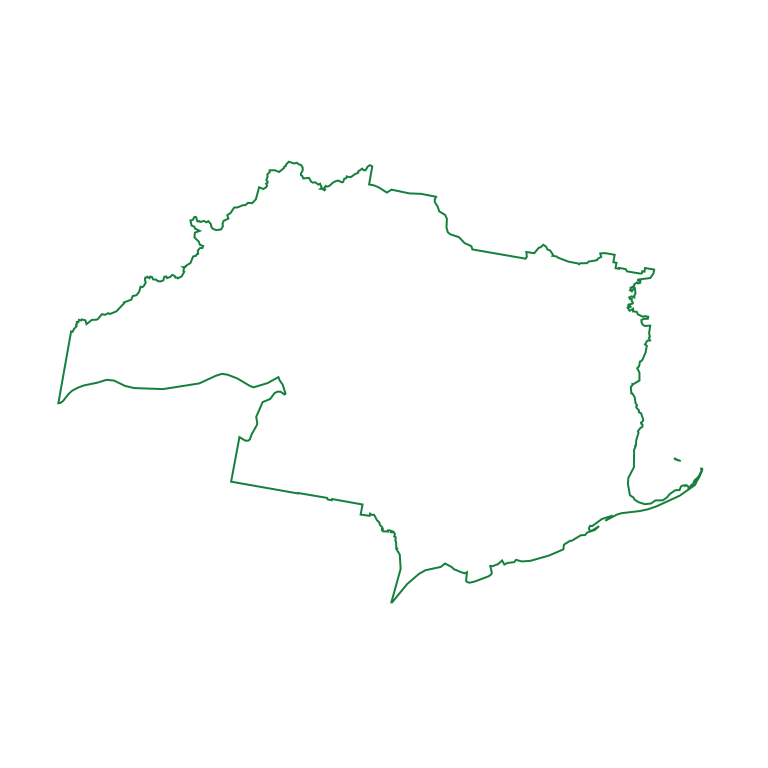 the district of Burdekin, Queensland, Australia, rotated 94°
{"feature_id": "25037944B77283019061987", "entity_name": "Burdekin", "entity_type": "district", "adm_level": 2, "iso_a3": "AUS", "parent_name": "Australia", "parent_adm1": "Queensland", "projection": "albers", "projection_center": [147.381, -19.849], "detail": "fine", "context": "isolated", "style": "outline", "palette": "green", "viewbox_px": 768, "rotation_deg": 94, "n_neighbors": 0, "source": "geoboundaries", "source_scale": "gbopen_adm2", "svg_char_len": 6129}
<svg xmlns="http://www.w3.org/2000/svg" viewBox="0 0 768 768"><g transform="rotate(94 384 384)"><path d="M298.5,125.1L298.1,128.5L298.9,130.3L296.8,135.6L294.4,136.9L294.2,140.6L291.6,140.8L293.8,144.0L291.1,146.2L289.7,143.4L289.0,144.0L289.8,145.8L287.8,145.7L286.6,141.8L285.7,141.3L283.8,142.8L281.9,142.7L281.9,144.7L280.5,145.4L279.3,143.1L280.2,140.3L278.2,140.5L276.3,139.4L270.8,140.5L271.2,141.6L274.3,143.2L273.3,145.1L272.4,144.3L270.9,144.8L268.8,141.3L267.2,141.4L265.2,138.8L265.9,137.5L265.3,135.6L263.4,135.4L263.1,137.9L262.1,137.8L259.7,125.7L254.9,122.9L251.0,122.5L250.1,131.7L253.8,132.0L253.5,134.2L255.5,134.4L256.0,136.0L254.7,149.5L252.5,150.9L251.8,157.7L252.7,157.7L252.3,161.1L246.9,160.5L246.5,163.7L239.0,162.9L238.0,172.9L238.7,177.4L242.1,176.2L244.1,179.4L245.7,180.3L247.6,188.4L249.3,189.9L249.9,196.7L251.0,197.8L250.2,198.9L249.1,208.5L245.8,219.3L244.7,220.7L244.4,224.6L243.9,224.1L240.6,226.4L239.1,227.9L238.4,230.3L235.5,232.1L234.0,234.8L236.6,237.1L237.3,239.1L243.0,243.2L242.4,251.2L247.2,250.4L249.1,251.5L243.6,305.2L240.4,306.5L237.8,313.5L232.3,319.4L230.0,328.4L228.2,330.9L223.5,332.6L214.8,332.8L211.1,334.8L207.9,341.0L203.6,342.7L198.7,346.1L196.4,346.2L193.6,345.1L191.7,360.4L192.1,372.1L189.6,390.0L192.8,394.5L188.3,402.8L186.5,408.1L186.0,412.8L167.8,410.9L166.7,413.3L168.2,415.4L172.1,417.3L172.1,419.4L170.7,420.8L173.7,424.5L175.1,424.5L176.5,427.4L179.6,431.1L180.1,433.2L179.5,435.6L181.4,436.1L182.1,438.0L185.2,438.8L185.8,439.9L184.3,443.7L184.7,445.7L186.7,449.0L190.4,452.5L191.1,454.9L190.5,455.9L192.2,457.2L194.2,456.2L194.9,457.0L193.7,458.9L193.7,461.1L192.2,459.9L188.6,461.8L189.7,463.3L187.6,466.7L188.1,469.3L187.2,470.8L183.6,473.3L184.6,478.8L182.1,480.1L181.6,481.3L180.1,481.6L176.6,480.0L173.9,480.2L171.3,482.0L170.9,484.2L169.4,486.3L170.3,489.1L168.9,494.5L172.1,497.1L173.5,497.2L174.3,498.7L175.5,498.8L179.8,503.4L178.4,507.7L178.8,513.0L180.5,512.8L183.1,515.0L185.4,514.6L188.8,515.6L190.2,514.2L191.6,514.3L192.3,515.6L194.3,514.4L196.1,515.4L197.9,518.1L196.4,522.3L208.7,524.7L212.8,528.2L212.8,532.3L215.2,534.7L215.6,537.6L218.1,542.5L218.4,545.8L224.0,548.9L226.5,552.1L229.9,550.8L232.4,555.3L235.4,556.3L237.7,555.7L241.2,557.3L242.2,562.2L241.1,565.5L239.4,567.2L236.7,567.8L233.8,570.6L235.1,572.4L233.9,575.1L235.2,578.7L234.4,579.5L234.8,581.5L230.6,583.2L230.4,584.1L231.1,585.2L233.4,585.9L234.4,588.5L239.3,587.0L240.3,584.2L242.2,583.3L244.1,578.6L246.2,583.2L251.0,583.3L254.9,578.7L257.9,577.4L259.0,574.0L260.9,574.6L261.3,577.1L263.9,579.1L267.1,578.5L267.6,579.8L269.2,580.5L270.1,583.3L276.8,585.5L280.1,590.1L281.1,590.2L281.4,592.3L281.8,591.5L285.4,592.0L286.0,591.1L290.7,593.3L293.0,597.0L292.2,597.9L292.4,599.6L291.0,600.2L289.9,602.8L292.0,604.6L293.5,607.8L292.0,608.6L292.3,610.6L296.1,611.4L297.3,614.3L297.1,617.1L295.8,618.6L295.8,621.5L293.4,623.0L293.2,624.8L294.8,625.3L293.5,627.6L294.3,627.9L294.5,629.5L296.5,629.8L299.6,628.8L303.4,630.7L304.3,632.0L303.9,633.7L309.1,634.7L312.7,637.1L313.7,640.7L317.5,642.0L320.8,649.2L321.6,648.9L330.2,656.0L333.3,662.3L332.6,664.1L334.5,667.4L334.0,670.3L339.0,673.8L339.9,675.2L340.4,679.9L345.0,684.9L341.3,686.4L340.7,690.0L341.7,690.5L341.3,692.8L343.5,693.2L343.6,694.7L345.3,694.5L346.4,695.4L347.7,694.6L350.8,697.2L353.7,698.3L353.4,699.8L425.9,707.5L425.6,705.8L423.4,703.0L416.1,698.1L412.6,694.8L409.0,689.1L406.4,683.4L402.7,670.1L399.2,661.1L399.4,653.6L404.0,642.1L405.5,632.9L404.5,604.1L396.3,568.3L387.7,552.7L385.2,546.5L385.6,540.8L388.7,530.7L395.3,517.6L396.4,513.8L391.2,500.2L384.5,489.8L387.6,488.4L391.7,485.0L400.6,481.6L401.4,482.6L398.9,486.6L399.1,489.7L400.7,492.5L406.9,496.5L410.5,503.8L425.8,509.2L431.6,507.7L433.9,508.0L443.4,512.5L448.7,514.0L450.0,515.5L450.2,518.4L447.1,524.5L492.1,529.7L499.2,462.2L498.7,462.2L501.6,432.8L503.1,432.1L503.6,428.0L502.4,427.8L505.7,397.0L515.9,398.2L516.5,389.1L514.3,388.8L515.5,386.8L515.1,384.8L520.4,381.5L522.2,379.2L525.0,378.2L527.0,375.8L528.7,375.1L528.8,375.9L529.9,375.9L531.1,374.6L530.9,370.8L530.2,370.3L530.7,369.8L529.7,369.5L529.6,368.4L530.2,366.8L531.4,366.9L531.3,365.4L530.3,365.6L530.6,364.4L532.9,362.6L535.4,363.2L535.7,362.0L536.8,361.5L539.3,361.9L540.4,361.0L546.8,360.3L547.1,359.6L547.7,360.2L553.0,356.4L567.2,354.5L601.3,361.4L601.3,360.7L582.0,347.0L571.0,335.9L566.9,329.7L562.5,314.6L558.8,310.6L561.9,303.6L563.8,301.5L566.5,293.4L567.2,290.2L566.0,288.1L574.7,288.4L575.6,287.5L576.3,285.0L574.8,279.9L568.6,266.4L566.8,264.1L565.1,263.2L558.1,265.3L558.1,262.9L555.7,257.6L551.8,253.9L555.7,251.3L553.9,248.3L552.6,241.7L550.2,240.0L551.4,234.3L550.2,225.6L543.6,207.4L536.4,193.5L531.7,193.3L527.4,187.4L527.3,185.8L521.1,177.0L520.7,172.9L518.1,171.1L514.9,163.5L510.8,159.5L515.5,166.0L516.3,168.5L513.5,169.5L511.2,168.6L511.2,166.4L503.4,157.1L499.8,148.0L501.2,148.2L505.0,153.8L497.9,142.3L496.3,138.0L492.9,120.0L490.5,111.7L486.8,103.2L474.9,81.4L463.3,67.0L460.5,65.5L461.7,66.8L459.2,65.8L460.0,65.6L454.1,62.7L447.7,60.5L446.3,60.7L446.3,61.7L448.4,61.3L456.1,64.2L453.0,63.2L457.1,65.1L459.3,66.9L455.3,64.4L458.5,67.5L462.5,68.9L463.2,70.3L466.8,72.1L466.6,73.1L464.9,73.4L463.9,75.1L464.7,76.3L464.0,76.5L464.4,78.9L465.5,80.6L469.2,81.8L469.6,85.9L473.7,91.1L477.8,94.2L480.6,97.8L481.2,105.0L484.6,109.4L485.7,115.5L484.1,121.8L482.1,125.7L479.9,127.2L477.8,130.9L466.9,133.7L460.7,133.7L449.6,128.9L432.1,129.9L428.8,128.7L428.0,129.2L427.2,128.4L422.7,128.5L414.9,126.7L413.4,127.4L409.7,124.9L409.0,123.4L406.4,123.3L405.6,124.7L404.6,124.9L402.9,123.1L401.5,122.9L395.3,125.5L394.3,127.8L392.6,127.8L390.1,130.4L389.1,130.9L387.8,130.1L385.1,131.9L380.4,132.7L376.1,135.5L376.2,136.6L369.6,137.6L368.2,136.3L366.6,136.2L366.8,135.3L362.7,129.4L354.8,130.0L350.6,132.5L348.6,130.8L343.7,130.2L343.1,128.8L341.1,127.6L334.4,125.3L327.5,124.5L326.3,126.4L322.4,124.4L322.0,121.6L319.4,123.0L318.2,122.1L315.0,123.1L307.2,122.5L307.9,127.8L307.1,129.7L304.6,131.4L302.2,131.7L300.9,129.3L300.5,125.4L298.5,125.1ZM437.5,89.3L438.8,88.3L440.2,82.6L438.6,87.6L437.5,89.3Z" fill="none" stroke="#15803d" stroke-width="2"/></g></svg>